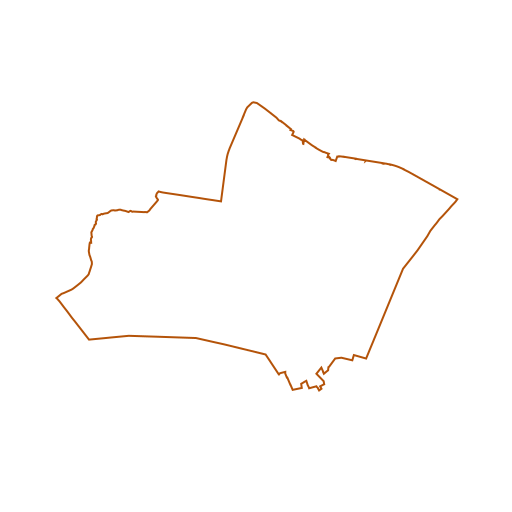 Heeze-Leende, Noord-Brabant, Netherlands, rotated 38°
{"feature_id": "6326949B20290330691137", "entity_name": "Heeze-Leende", "entity_type": "district", "adm_level": 2, "iso_a3": "NLD", "parent_name": "Netherlands", "parent_adm1": "Noord-Brabant", "projection": "albers", "projection_center": [5.542, 51.359], "detail": "fine", "context": "isolated", "style": "outline", "palette": "amber", "viewbox_px": 512, "rotation_deg": 38, "n_neighbors": 0, "source": "geoboundaries", "source_scale": "gbopen_adm2", "svg_char_len": 5679}
<svg xmlns="http://www.w3.org/2000/svg" viewBox="0 0 512 512"><g transform="rotate(38 256 256)"><path d="M157.9,146.5L159.9,153.8L160.0,153.7L169.0,187.6L169.4,188.7L169.7,189.8L170.1,190.9L170.5,192.0L170.9,193.1L171.4,194.2L171.9,195.3L172.4,196.3L173.0,197.4L173.5,198.4L194.8,234.5L190.0,237.2L188.0,238.3L183.8,240.7L179.7,243.0L175.5,245.3L169.3,248.8L158.9,254.6L152.7,258.1L150.6,259.3L148.5,260.5L144.4,262.8L143.3,263.4L142.3,263.9L141.2,264.4L139.5,265.1L139.5,265.6L139.3,267.5L139.6,268.7L139.7,269.1L140.3,269.8L140.4,270.0L140.4,270.3L140.3,270.5L140.5,270.8L141.4,271.1L142.0,271.4L142.6,271.6L143.9,271.9L144.1,272.0L144.3,272.4L144.3,274.3L143.8,284.2L143.9,284.8L143.9,285.8L143.7,286.8L143.3,288.4L143.2,288.7L143.0,288.8L142.6,288.9L142.5,289.0L142.1,289.3L141.4,289.7L140.9,290.3L140.0,290.9L132.7,296.0L132.2,296.3L131.8,296.7L131.6,297.0L131.3,297.2L131.2,297.3L130.8,297.4L130.3,297.4L129.6,297.6L129.2,297.8L129.1,298.1L128.5,299.7L128.5,299.8L128.3,299.9L127.7,300.1L126.2,300.6L125.6,300.8L125.1,301.0L124.3,301.4L124.0,301.6L121.6,302.7L121.0,302.8L120.5,303.1L120.2,303.3L119.8,303.7L119.3,304.2L119.1,304.4L118.5,305.4L118.3,305.7L118.2,305.8L117.9,305.9L117.7,306.1L117.5,306.3L117.2,306.7L117.1,306.8L116.7,307.1L116.1,307.3L115.9,307.4L115.6,307.6L115.1,308.1L114.6,308.5L113.9,309.3L113.8,309.5L113.7,309.9L113.4,310.7L113.4,310.9L112.8,313.1L112.7,313.3L112.6,313.5L112.3,313.9L111.1,315.1L110.8,315.5L110.5,315.8L110.2,316.1L109.9,316.7L109.7,317.0L109.4,317.6L108.8,317.7L108.6,317.8L108.4,318.0L108.1,318.6L107.9,319.2L107.8,319.8L107.7,319.9L107.4,320.3L106.9,320.8L106.7,321.1L106.4,321.4L106.2,321.5L106.1,321.9L106.1,322.0L106.3,322.7L106.5,323.0L106.8,323.5L107.2,323.9L107.6,325.1L108.0,325.2L108.3,325.3L108.4,325.7L108.4,325.8L108.5,326.4L108.5,326.5L108.6,327.4L108.7,327.6L109.0,328.0L109.3,328.4L109.4,328.5L109.8,328.8L110.0,329.0L110.1,329.7L110.1,330.1L110.0,330.3L109.7,330.6L109.7,330.9L109.8,331.2L110.1,331.6L110.2,331.9L110.6,333.2L110.8,333.8L110.8,334.2L110.8,335.2L110.9,335.3L111.3,336.5L111.6,338.2L111.6,338.4L111.7,338.7L111.8,338.8L111.9,339.0L112.6,339.7L113.8,341.0L114.3,341.5L114.8,341.7L115.1,342.0L115.2,342.6L115.1,343.2L115.1,343.5L116.0,345.0L116.4,345.3L116.7,345.6L117.4,346.4L117.8,346.9L118.0,347.1L117.9,347.2L117.7,347.4L116.9,347.6L117.0,348.2L117.2,348.4L117.5,349.1L119.2,351.8L119.6,352.5L120.0,353.0L120.4,353.8L121.0,354.8L121.3,355.1L121.5,355.4L121.7,355.6L122.2,356.0L123.3,357.0L123.9,357.5L124.2,357.8L124.8,358.1L126.1,358.9L127.2,359.7L128.7,360.8L129.5,361.2L130.1,361.6L130.4,361.9L131.5,363.2L131.6,363.3L131.8,363.7L132.4,365.3L132.5,365.5L133.1,367.1L133.4,368.0L134.3,370.4L134.5,370.9L134.6,371.4L135.0,372.4L135.1,372.7L135.3,373.1L135.4,373.7L135.4,374.3L135.4,375.0L134.7,380.6L134.5,382.9L134.5,383.0L134.3,384.7L133.4,388.6L132.6,391.8L132.2,393.4L131.8,394.8L131.5,395.6L131.2,396.3L127.2,403.8L126.8,404.4L126.1,405.5L126.0,405.9L124.6,412.0L125.2,412.0L129.1,412.7L130.6,413.1L135.8,414.5L141.8,416.0L148.6,417.9L151.1,418.5L152.9,418.9L175.9,424.7L187.5,413.7L192.0,409.4L204.9,397.2L214.9,389.9L227.2,380.9L230.9,378.2L259.2,357.6L264.3,355.2L276.6,349.4L281.6,347.0L285.4,345.2L324.2,327.7L331.2,330.0L332.1,330.3L333.5,330.8L347.0,335.3L347.1,335.2L347.0,334.8L346.9,334.6L347.0,334.2L347.0,333.9L347.1,333.7L347.6,332.9L350.4,329.3L351.2,330.4L351.4,330.6L351.9,330.9L355.2,332.8L355.5,332.5L362.3,336.3L362.4,336.2L367.3,338.9L373.3,331.8L370.3,328.9L371.0,327.1L371.3,326.5L371.4,326.0L371.8,325.0L372.1,324.3L372.5,323.4L374.9,325.0L376.2,325.9L378.6,327.0L378.9,327.2L379.3,327.5L383.8,321.5L384.0,321.6L384.2,321.8L384.4,321.8L384.6,321.8L385.1,321.8L385.5,321.8L386.0,321.9L386.3,322.1L386.8,322.4L387.1,322.5L388.5,323.1L389.3,320.3L386.8,319.2L388.5,315.4L388.7,315.1L386.4,313.0L376.1,311.6L376.2,303.7L380.3,305.9L380.3,306.1L382.0,307.0L382.3,305.6L382.7,303.6L383.2,301.7L381.5,299.0L381.8,298.3L381.5,288.0L384.2,285.3L385.9,283.6L396.1,278.9L394.1,273.8L405.9,269.0L404.5,264.0L403.2,259.4L400.8,250.7L400.1,248.3L399.6,246.4L399.1,244.7L399.0,244.3L379.7,175.5L379.8,159.9L379.8,159.1L379.8,152.2L378.8,134.9L377.9,128.8L377.9,123.3L377.9,121.7L378.0,119.7L378.0,118.2L377.9,114.8L377.9,113.6L378.0,113.1L378.4,109.7L379.1,100.5L379.2,98.5L379.2,97.7L379.3,95.9L379.7,91.8L379.8,90.1L379.7,87.3L359.9,90.3L359.7,90.6L359.3,90.4L324.2,95.8L322.8,96.1L318.8,96.9L318.7,96.7L317.3,97.1L316.1,97.4L313.8,98.0L311.6,98.7L309.4,99.5L307.2,100.4L305.4,101.2L305.6,101.5L305.4,101.6L305.1,101.5L304.0,102.0L303.0,102.5L301.9,103.0L300.9,103.6L298.3,105.0L298.8,105.2L298.6,105.3L298.1,105.1L284.0,112.9L283.9,113.3L283.8,113.0L275.1,117.8L275.0,118.2L274.8,118.3L274.6,117.9L268.7,121.2L266.0,122.7L264.1,123.7L264.2,123.8L261.9,125.1L260.0,126.3L260.1,126.7L258.8,127.6L260.3,132.1L258.8,132.5L257.2,133.1L256.1,134.0L255.1,133.7L254.8,133.7L254.2,133.3L253.9,133.6L253.1,132.9L252.0,132.9L251.8,133.8L251.8,134.0L251.4,134.1L251.2,133.3L251.1,132.6L251.1,132.4L250.9,132.2L250.5,131.9L250.2,131.6L250.1,131.4L250.4,131.1L250.4,130.6L249.3,131.0L247.6,131.6L245.8,132.1L245.1,132.6L243.7,132.9L240.2,133.5L236.4,134.0L236.3,133.8L234.7,134.0L232.9,134.2L231.7,134.3L224.6,134.5L224.3,134.8L223.9,135.1L223.4,134.5L222.2,134.5L222.7,135.4L222.9,136.0L223.1,136.4L223.3,136.8L223.3,136.7L224.3,138.5L224.0,138.6L221.5,136.2L219.6,136.7L218.1,136.7L210.0,138.4L209.2,134.9L208.7,134.7L208.3,134.6L205.6,135.5L205.4,134.5L201.4,134.5L201.5,134.4L198.3,134.3L193.1,134.3L193.2,134.5L192.4,134.5L190.9,135.0L190.2,135.0L187.0,134.4L172.1,134.4L162.5,134.9L159.3,136.5L158.5,137.8L157.6,144.2L157.9,146.5Z" fill="none" stroke="#b45309" stroke-width="2"/></g></svg>